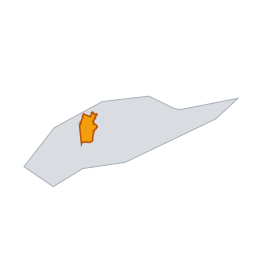 Ibobang, Ngatpang, Palau (highlighted), rotated 56°
{"feature_id": "81905179B30151450559542", "entity_name": "Ibobang", "entity_type": "district", "adm_level": 2, "iso_a3": "PLW", "parent_name": "Palau", "parent_adm1": "Ngatpang", "projection": "robinson", "projection_center": [134.529, 7.483], "detail": "fine", "context": "in_parent", "style": "filled", "palette": "amber", "viewbox_px": 256, "rotation_deg": 56, "n_neighbors": 0, "source": "geoboundaries", "source_scale": "gbopen_adm2", "svg_char_len": 3243}
<svg xmlns="http://www.w3.org/2000/svg" viewBox="0 0 256 256"><g transform="rotate(56 128 128)"><path d="M134.8,222.8L101.9,235.9L86.5,189.0L91.7,134.5L113.4,92.7L137.1,79.2L141.9,74.5L164.9,20.1L169.5,50.1L154.9,149.5L136.3,188.2L134.8,222.8Z" fill="#d9dde1" stroke="#a8b0b8" stroke-width="1"/><path d="M100.9,149.2L100.7,149.2L100.4,149.2L100.2,149.1L100.1,148.9L100.1,148.6L100.1,148.4L100.1,148.2L100.1,147.8L100.2,147.7L100.2,147.4L100.2,147.2L100.1,146.9L99.9,146.8L99.8,146.7L99.6,146.6L99.4,146.4L99.2,146.2L98.9,146.1L98.7,146.0L98.5,146.3L98.5,146.5L98.4,146.8L98.4,147.1L98.3,147.3L98.2,147.4L98.2,147.5L97.9,147.8L97.7,147.9L97.7,148.0L97.4,148.1L97.2,148.1L96.9,148.3L96.7,148.3L96.4,148.3L96.5,148.4L96.3,148.4L96.1,148.4L95.8,148.4L95.7,148.4L95.3,148.4L95.2,148.5L94.9,148.7L94.8,148.8L94.8,149.0L94.8,149.4L94.8,149.6L94.9,149.8L95.0,150.0L95.5,150.0L96.1,150.3L96.2,150.5L96.4,150.8L96.5,151.2L96.6,151.4L96.7,151.6L96.8,151.7L96.7,151.8L96.8,152.0L96.9,152.3L96.9,152.5L97.0,152.6L97.0,152.8L97.0,153.0L97.1,152.9L97.1,153.0L97.1,153.3L97.3,153.3L97.2,153.4L97.1,153.5L96.9,153.6L96.7,153.6L96.6,153.8L96.4,154.0L96.2,154.2L96.1,154.3L95.9,154.3L95.7,154.3L95.4,154.4L95.2,154.4L95.1,154.5L94.8,154.7L94.7,154.7L94.6,154.8L94.5,155.0L94.4,155.0L94.1,155.3L93.9,155.5L93.7,155.8L93.4,156.0L93.2,156.2L92.9,156.2L92.7,156.2L92.4,156.3L92.2,156.4L92.0,156.5L91.9,156.6L91.9,156.8L91.7,156.8L91.4,157.0L91.5,157.2L91.5,157.3L91.7,157.5L91.7,157.4L91.8,157.5L92.0,157.6L92.2,157.8L92.3,157.9L92.4,158.0L92.5,158.3L92.5,158.5L92.6,158.8L92.7,159.0L92.8,159.3L93.0,159.5L93.3,159.6L93.6,159.7L93.7,159.8L93.8,159.8L94.0,159.8L94.3,159.9L94.3,160.0L94.5,160.2L94.6,160.3L94.6,160.5L94.8,161.0L95.0,161.3L95.1,161.6L95.2,161.8L95.3,161.9L95.4,162.0L95.5,162.1L95.6,162.3L95.8,162.6L95.9,162.8L96.1,163.0L96.3,163.1L96.5,163.2L96.6,163.3L96.9,163.4L97.0,163.4L97.1,163.5L97.1,163.8L97.0,164.0L96.9,164.1L96.7,164.2L96.6,164.3L96.5,164.5L96.9,164.7L97.0,164.7L97.3,164.7L97.5,164.8L97.8,164.9L98.1,165.0L98.3,165.2L98.6,165.2L98.6,165.3L98.7,165.5L98.5,165.8L98.5,166.0L98.4,166.1L98.4,166.3L98.2,166.4L115.5,175.7L115.2,175.2L114.9,174.9L113.9,174.0L114.4,173.6L115.1,172.9L115.3,172.5L115.3,172.2L115.5,172.0L115.5,171.8L115.6,171.6L115.8,171.4L115.9,171.1L116.2,170.5L116.5,170.0L117.5,169.4L117.7,169.2L117.9,168.7L118.2,168.2L118.5,167.7L118.7,167.4L118.7,166.3L118.7,165.2L118.9,164.6L114.5,161.2L113.6,159.9L112.4,158.9L111.9,158.8L111.3,158.8L111.1,158.4L111.4,158.2L111.7,158.0L111.7,157.6L111.4,157.1L110.8,156.6L110.5,156.1L110.6,155.7L110.8,154.9L110.3,154.2L110.0,153.8L110.1,153.4L110.2,153.2L110.1,152.9L109.3,152.6L108.3,152.6L107.0,152.9L106.7,153.1L106.5,153.5L106.3,153.8L106.1,153.7L105.9,153.7L105.7,153.7L105.4,153.6L105.3,153.8L105.3,154.1L105.2,154.3L105.0,154.2L104.8,154.0L104.9,153.9L104.9,153.7L104.7,153.6L104.4,153.6L104.1,153.5L103.9,153.4L103.6,153.2L103.3,153.2L103.1,153.3L103.0,153.2L102.9,153.1L102.9,152.9L103.0,152.9L103.0,152.6L102.9,152.5L102.7,152.5L102.3,152.6L102.2,152.6L102.2,152.3L102.3,152.0L101.9,151.0L101.9,150.2L102.0,149.8L102.0,149.6L101.9,149.5L101.6,149.6L101.4,150.0L101.2,150.0L101.1,149.8L101.1,149.4L100.9,149.2Z" fill="#f59e0b" stroke="#b45309" stroke-width="1.5"/></g></svg>